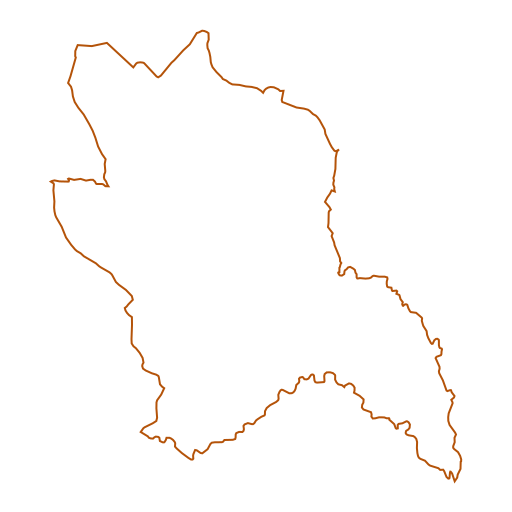 outline of Cuaspud, Nariño, Colombia
{"feature_id": "7082276B48690619382287", "entity_name": "Cuaspud", "entity_type": "district", "adm_level": 2, "iso_a3": "COL", "parent_name": "Colombia", "parent_adm1": "Nariño", "projection": "robinson", "projection_center": [-77.724, 0.875], "detail": "fine", "context": "isolated", "style": "outline", "palette": "amber", "viewbox_px": 512, "rotation_deg": 0, "n_neighbors": 0, "source": "geoboundaries", "source_scale": "gbopen_adm2", "svg_char_len": 6016}
<svg xmlns="http://www.w3.org/2000/svg" viewBox="0 0 512 512"><path d="M454.7,481.3L457.2,477.6L457.7,474.6L460.5,468.9L460.7,461.7L461.1,461.4L461.2,459.4L460.1,455.8L458.0,452.1L454.1,449.0L453.2,447.8L453.2,446.2L454.7,442.2L454.5,437.8L456.0,434.5L455.1,432.6L449.6,425.0L448.3,420.9L448.2,417.1L448.7,413.3L452.6,403.3L452.5,402.3L451.3,399.8L454.0,397.5L454.5,396.0L451.7,392.3L451.0,390.2L450.2,390.1L447.4,391.1L446.5,390.5L442.9,380.4L439.2,373.2L438.9,371.2L439.6,368.8L439.5,366.8L435.6,358.1L436.5,356.8L440.9,355.2L441.4,354.1L441.5,351.7L442.0,349.3L441.7,348.6L439.9,348.0L439.4,347.3L438.9,345.2L438.9,340.7L438.7,339.7L437.4,338.8L436.0,338.9L434.3,340.3L432.7,343.7L431.9,343.9L430.9,343.0L428.3,338.1L427.1,334.9L426.6,331.1L423.4,326.1L422.9,324.7L421.8,320.8L422.1,318.6L421.8,317.7L416.1,312.8L410.9,312.1L410.0,311.3L408.4,308.3L407.3,304.9L406.6,304.4L405.3,304.3L403.8,305.1L403.3,305.8L402.8,305.7L402.2,304.1L402.8,302.2L400.5,299.1L399.5,295.3L399.2,294.9L396.4,293.8L397.2,291.3L396.4,290.6L392.4,291.0L391.9,290.3L391.4,287.7L388.1,287.2L387.2,286.6L386.7,283.8L386.8,281.4L387.5,278.9L387.2,277.4L384.8,276.7L379.3,276.7L373.8,275.7L372.6,276.1L370.8,277.7L369.0,278.3L365.5,278.6L359.9,278.1L357.7,278.5L357.2,278.4L356.6,277.3L356.6,274.2L355.5,272.7L354.9,270.0L353.4,268.7L350.2,266.9L348.1,267.4L346.5,269.3L345.1,270.2L344.5,271.2L344.2,274.1L341.9,275.6L340.0,275.4L339.4,275.0L338.4,273.4L338.2,272.7L338.5,272.3L339.4,272.2L339.4,267.7L339.8,267.2L340.5,264.4L341.3,263.0L340.1,261.4L339.9,258.1L334.6,245.3L334.1,242.4L331.6,236.1L332.7,233.2L328.0,227.1L328.5,223.1L328.7,212.6L329.0,211.3L330.8,209.6L329.5,207.2L325.0,201.9L327.3,197.5L330.0,193.7L331.6,190.4L334.8,191.5L334.2,189.1L334.4,187.3L333.3,184.7L333.4,182.7L334.0,180.6L333.4,178.0L334.2,175.6L335.4,169.0L335.7,157.7L336.8,152.2L337.6,150.8L339.0,149.5L336.5,151.0L335.2,151.1L334.3,150.6L331.8,147.2L330.0,143.9L325.4,133.9L324.7,129.5L319.6,120.2L317.4,117.2L315.8,115.6L313.0,114.1L309.7,110.9L307.9,109.7L303.9,108.6L296.5,107.5L282.3,102.0L281.7,100.0L283.5,90.8L280.1,91.0L278.3,89.3L273.9,87.3L270.6,87.0L268.3,87.5L266.1,88.7L264.6,90.1L263.1,92.8L261.2,90.9L257.0,88.2L251.5,86.9L245.8,86.4L239.4,84.9L232.3,84.4L229.2,82.8L226.4,80.6L222.8,79.0L221.6,77.2L216.5,72.1L212.6,67.3L211.4,64.3L210.8,62.2L210.3,56.9L209.5,53.0L208.8,50.6L207.6,48.2L207.3,45.0L207.4,43.2L208.7,39.7L208.5,33.2L206.8,32.0L204.3,31.0L202.2,30.7L198.6,32.5L196.8,33.0L189.8,44.3L183.3,50.3L174.3,60.2L171.5,62.7L160.9,75.6L158.2,77.3L156.6,76.5L144.1,63.1L142.9,62.6L140.2,62.3L137.4,62.7L136.2,63.5L133.3,67.4L106.9,42.9L91.8,46.1L77.7,45.1L75.3,51.0L75.2,56.2L75.8,57.5L70.5,76.2L68.1,83.0L71.0,86.7L72.1,90.3L72.9,96.4L74.7,102.0L78.3,107.7L83.7,114.5L89.4,124.4L92.7,130.8L95.4,137.8L98.1,146.5L102.0,154.1L105.6,159.2L104.7,164.0L105.3,171.1L105.1,172.5L104.3,174.2L103.9,177.3L104.4,179.2L106.0,181.3L107.4,184.7L108.4,186.3L105.4,186.2L103.3,184.4L102.1,184.0L96.7,184.0L96.0,183.6L95.0,181.6L93.0,179.8L90.4,179.8L86.0,180.6L80.6,178.9L74.1,179.9L68.9,178.5L68.1,178.9L69.0,180.5L68.7,181.5L68.2,181.6L59.5,181.4L54.5,180.4L51.9,181.0L50.8,181.6L53.6,183.4L53.9,184.5L53.4,190.3L54.4,201.4L54.1,207.6L54.5,211.4L55.3,215.1L56.2,217.3L61.7,226.8L66.0,237.5L71.2,244.9L75.0,249.4L76.9,251.1L80.7,253.3L83.9,256.3L95.9,263.3L99.2,266.3L101.2,267.6L109.6,272.4L111.5,274.1L112.3,275.3L115.9,282.0L118.9,284.8L125.9,289.9L131.8,296.0L132.8,299.8L128.3,304.4L126.7,306.5L124.8,308.0L125.5,310.5L127.0,312.9L129.0,315.1L131.9,317.1L132.0,324.8L131.5,339.1L131.7,343.5L133.5,346.3L135.9,348.2L139.7,352.9L142.6,357.9L143.5,362.6L142.5,364.4L142.2,366.0L143.0,368.6L145.7,370.5L151.9,373.3L156.1,374.6L158.3,375.9L158.8,377.1L160.0,384.3L162.1,386.7L164.2,388.2L161.2,394.6L157.1,400.3L156.5,402.4L156.4,408.3L157.1,417.7L156.3,421.0L152.7,423.3L144.6,427.3L143.4,428.2L140.7,432.0L147.9,436.4L148.8,437.7L150.6,438.4L153.0,438.6L154.4,437.3L155.8,436.6L158.2,436.9L159.3,437.7L159.9,441.0L162.6,442.3L164.0,442.4L164.7,441.8L165.9,439.8L166.5,437.8L169.5,437.8L170.9,438.4L172.9,439.8L174.6,441.8L175.2,443.2L175.0,446.6L176.6,448.4L181.9,453.1L188.4,457.9L191.0,459.5L192.6,459.5L193.3,458.7L193.1,455.7L193.4,454.1L195.1,450.0L196.7,450.3L200.6,453.0L202.3,453.3L207.6,449.2L210.4,444.0L211.8,442.7L214.6,442.3L221.9,442.2L223.1,441.7L224.4,440.0L232.8,439.8L235.2,439.0L235.6,437.6L235.7,434.4L236.3,433.1L239.1,431.9L242.4,432.0L243.5,430.9L243.9,429.3L243.5,425.9L244.6,424.4L247.9,423.1L251.7,424.1L253.1,424.1L254.3,423.2L256.0,420.5L257.5,419.3L261.3,416.8L264.5,415.4L264.9,414.6L265.0,411.2L266.7,408.0L270.2,405.1L276.1,402.0L278.2,400.2L278.6,398.8L278.3,394.8L279.4,392.1L280.6,390.3L281.7,389.7L282.9,390.0L289.3,393.3L291.8,393.2L293.4,392.3L294.7,390.7L295.6,388.7L296.3,385.0L298.9,382.6L299.3,381.0L299.0,378.8L299.9,377.6L302.3,377.0L303.1,377.4L304.4,379.2L306.7,379.4L308.5,378.6L310.9,375.1L311.7,374.6L312.8,374.5L313.9,375.4L314.5,380.6L315.4,382.2L317.0,382.6L323.8,382.1L324.2,381.9L324.5,381.1L324.2,376.0L324.7,374.0L326.7,372.4L330.1,372.3L332.9,373.1L334.9,374.8L335.2,375.6L335.1,379.6L336.5,382.4L338.3,384.3L342.0,385.2L344.3,387.1L345.0,385.6L349.0,383.4L351.2,383.9L353.3,385.6L354.6,387.7L354.5,390.6L354.0,392.7L359.6,395.8L363.6,399.4L363.4,402.6L362.2,404.8L361.9,407.5L363.5,409.5L371.0,412.2L371.6,414.3L371.4,416.6L372.8,418.5L375.3,418.3L379.1,417.3L384.2,417.4L386.7,418.3L389.0,418.2L389.3,418.6L389.3,419.7L394.2,424.1L395.7,428.1L396.4,428.7L397.8,428.4L397.7,425.0L398.6,423.9L402.4,423.3L406.4,421.3L407.3,421.4L408.6,422.3L409.9,424.5L409.6,427.8L408.3,429.5L406.2,430.8L405.7,432.4L405.8,433.5L406.7,434.5L408.6,435.3L413.4,436.1L415.0,437.3L416.3,439.0L417.1,442.0L416.9,448.1L417.4,453.2L418.0,455.9L418.8,457.6L420.3,458.8L425.0,460.7L428.5,464.5L430.1,465.6L438.4,468.2L440.2,469.9L443.2,469.7L444.2,471.2L446.5,476.9L448.3,478.6L449.3,478.4L449.5,477.9L450.0,472.3L450.3,471.6L450.7,471.7L452.1,473.5L454.7,481.3Z" fill="none" stroke="#b45309" stroke-width="2"/></svg>